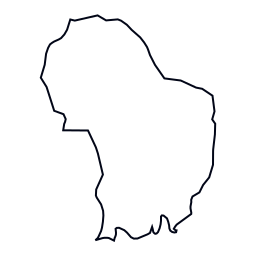 SVG path tracing the border of Daga
{"feature_id": "BTN-2434", "entity_name": "Daga", "entity_type": "District", "adm_level": 1, "iso_a3": "BTN", "parent_name": "Bhutan", "parent_adm1": "", "projection": "natural_earth1", "projection_center": [89.858, 27.036], "detail": "fine", "context": "isolated", "style": "outline", "palette": "ink", "viewbox_px": 256, "rotation_deg": 0, "n_neighbors": 0, "source": "natural_earth", "source_scale": "10m", "svg_char_len": 1480}
<svg xmlns="http://www.w3.org/2000/svg" viewBox="0 0 256 256"><path d="M97.6,15.4L106.1,20.4L117.8,19.4L121.1,20.7L126.9,24.8L131.7,29.9L140.2,37.4L144.1,42.4L147.0,47.0L148.0,49.4L150.0,55.1L155.0,64.9L164.4,78.4L180.7,80.5L196.1,87.6L202.2,88.8L212.5,95.7L214.5,111.4L212.2,119.4L215.2,123.7L214.9,134.5L213.2,149.3L213.1,151.0L213.0,164.8L209.2,177.4L203.1,185.0L199.4,192.4L192.5,196.5L191.2,199.8L191.3,202.1L190.5,206.5L190.5,208.4L191.3,212.7L191.2,214.0L176.7,224.6L175.2,226.5L173.8,228.8L174.7,229.6L175.6,230.3L176.5,230.4L176.1,232.2L174.4,232.5L172.2,232.0L170.3,230.6L169.4,228.5L169.1,225.3L168.2,221.7L167.0,218.4L163.6,215.6L161.9,215.4L161.0,216.5L161.0,220.8L160.6,224.3L159.6,228.3L158.0,232.1L156.6,233.5L155.2,233.8L154.1,233.0L153.3,232.0L153.0,230.6L152.8,229.4L152.1,226.9L150.0,232.9L147.6,234.3L137.5,238.5L133.8,238.6L131.0,237.2L127.0,232.6L124.3,230.2L119.1,227.8L116.8,227.9L115.6,228.8L116.0,232.7L115.9,234.7L115.3,236.6L114.7,237.8L114.0,240.6L108.8,238.0L107.2,237.8L104.4,237.8L102.5,238.1L95.4,240.2L97.7,238.1L98.5,236.7L101.1,231.0L102.0,227.6L102.9,221.8L103.4,215.5L103.1,210.8L101.1,204.4L96.7,197.5L95.9,195.5L96.2,189.5L102.9,174.6L97.9,153.5L95.9,147.4L88.0,130.5L63.2,130.3L64.2,123.9L65.1,121.8L65.7,119.1L63.5,114.2L54.2,110.8L46.6,87.0L40.8,77.7L44.7,64.8L46.1,53.7L48.1,47.9L50.0,44.4L52.1,42.8L54.2,41.5L58.7,39.5L61.1,38.1L64.4,34.4L67.1,29.7L70.3,19.5L74.8,20.6L97.6,15.4Z" fill="none" stroke="#020617" stroke-width="2"/></svg>